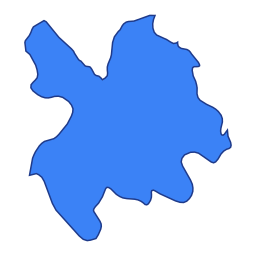 an SVG outline of Lào Cai
{"feature_id": "VNM-5483", "entity_name": "Lào Cai", "entity_type": "Province", "adm_level": 1, "iso_a3": "VNM", "parent_name": "Vietnam", "parent_adm1": "", "projection": "mercator", "projection_center": [104.093, 22.267], "detail": "fine", "context": "isolated", "style": "filled", "palette": "blue", "viewbox_px": 256, "rotation_deg": 0, "n_neighbors": 0, "source": "natural_earth", "source_scale": "10m", "svg_char_len": 2383}
<svg xmlns="http://www.w3.org/2000/svg" viewBox="0 0 256 256"><path d="M173.5,43.5L176.4,43.0L177.6,42.2L177.6,43.4L178.1,45.9L179.1,47.1L181.2,48.4L186.9,49.5L188.9,50.6L190.3,52.1L191.4,53.8L198.3,62.3L199.4,64.4L199.6,65.7L198.8,66.4L197.6,66.6L194.0,66.7L192.6,67.7L192.2,70.3L193.2,75.9L195.6,81.2L196.6,85.0L197.1,87.9L197.0,93.8L198.0,97.6L200.1,100.3L206.5,104.3L212.8,107.3L215.6,109.1L218.3,111.5L221.1,115.2L222.3,118.6L222.4,122.0L220.9,128.2L220.6,131.0L221.0,133.7L221.8,134.9L223.0,135.2L224.3,134.3L227.4,130.1L228.0,136.2L230.6,142.3L231.1,145.2L230.6,147.3L229.0,148.5L226.5,149.3L223.7,151.1L221.0,154.0L218.0,159.1L215.6,161.9L213.6,162.8L211.2,162.0L198.6,153.2L194.6,152.1L190.5,152.3L184.5,154.9L181.9,158.4L181.2,162.0L182.6,166.1L190.5,180.1L192.3,184.3L192.9,188.0L192.8,191.4L191.5,195.4L189.4,198.6L186.7,201.2L183.6,202.5L180.0,202.3L175.5,200.9L160.0,193.8L155.3,191.0L153.4,190.1L151.8,190.6L151.3,192.1L151.5,194.4L151.4,197.3L150.5,200.4L148.4,203.8L146.8,204.8L145.1,204.5L143.2,202.8L140.9,201.2L138.0,199.9L134.7,199.2L126.8,198.6L122.9,197.9L119.7,196.5L116.3,194.3L111.0,189.0L108.9,187.6L107.0,187.3L105.7,188.5L102.4,196.8L98.6,203.1L95.4,206.6L94.0,208.6L93.5,210.1L93.8,211.5L100.0,221.3L101.1,223.9L101.3,226.4L100.7,229.2L98.3,234.7L96.0,238.5L90.6,240.1L87.2,240.6L83.2,239.3L79.1,235.8L56.0,210.1L52.4,203.4L44.2,181.3L41.8,177.2L38.7,174.7L36.3,173.6L29.5,175.3L32.6,158.2L33.9,155.0L35.5,151.7L39.4,145.8L41.7,143.4L44.5,141.4L53.8,138.7L56.5,136.8L58.8,134.5L67.3,124.0L71.4,116.1L72.7,112.4L73.0,108.8L71.5,105.1L68.7,101.5L62.8,97.4L58.5,96.2L54.5,96.4L51.4,97.3L48.3,97.9L45.1,97.8L41.5,96.7L37.7,94.6L33.0,90.9L30.9,87.8L31.1,84.7L33.0,82.4L35.3,80.1L37.2,77.7L37.8,74.3L37.1,69.9L35.7,65.2L29.9,54.5L25.9,51.1L24.9,42.5L25.4,40.6L29.3,35.6L30.9,32.4L32.0,29.4L33.4,26.9L36.0,25.3L44.0,20.6L46.2,21.8L58.9,37.4L71.5,48.9L73.6,51.3L74.4,53.1L78.2,59.1L79.4,60.4L80.9,61.1L85.1,65.9L86.2,66.3L89.2,66.7L90.3,67.2L91.8,69.3L94.5,74.4L96.1,75.5L98.9,76.2L100.8,77.8L102.4,79.7L105.1,78.1L107.3,75.7L107.6,73.0L107.3,70.1L107.3,67.0L108.1,63.9L110.6,57.9L111.4,54.8L112.6,42.5L114.4,36.8L118.3,31.5L120.1,29.8L122.3,25.7L123.7,23.9L126.2,22.1L128.5,21.5L133.9,21.1L149.8,15.4L155.0,15.5L153.5,19.5L152.7,23.8L152.9,28.1L154.2,32.2L156.6,35.0L166.9,39.7L170.8,42.2L173.5,43.5Z" fill="#3b82f6" stroke="#1e3a8a" stroke-width="1.5"/></svg>